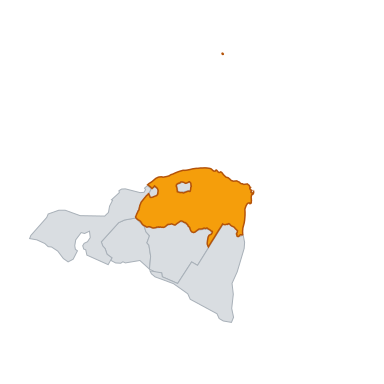 South Africa highlighted, Albers equal-area conic projection, rotated 215°
{"feature_id": "ZAF", "entity_name": "South Africa", "entity_type": "country or territory", "adm_level": 0, "iso_a3": "ZAF", "parent_name": "Africa", "parent_adm1": "", "projection": "albers", "projection_center": [25.295, -34.555], "detail": "fine", "context": "with_neighbors", "style": "filled", "palette": "amber", "viewbox_px": 384, "rotation_deg": 215, "n_neighbors": 6, "source": "natural_earth", "source_scale": "50m", "svg_char_len": 7613}
<svg xmlns="http://www.w3.org/2000/svg" viewBox="0 0 384 384"><g transform="rotate(215 192 192)"><path d="M203.6,184.3L208.5,189.0L205.2,194.9L201.7,195.9L200.5,198.3L198.2,199.0L193.6,193.2L200.6,185.7L203.6,184.3Z" fill="#d9dde1" stroke="#a8b0b8" stroke-width="1"/><path d="M223.4,138.2L211.3,136.4L207.0,133.0L201.7,131.7L199.8,124.5L196.8,123.7L189.0,115.6L182.6,104.4L195.4,106.0L205.9,95.7L208.6,95.2L209.5,92.8L213.8,90.1L219.4,89.4L219.8,92.1L225.9,92.3L230.7,95.8L234.1,96.6L237.7,99.1L234.5,124.8L231.2,130.4L223.4,138.2Z" fill="#d9dde1" stroke="#a8b0b8" stroke-width="1"/><path d="M211.3,136.4L201.4,141.5L195.2,146.8L190.8,154.3L187.1,154.9L185.2,160.7L181.0,162.4L175.6,162.1L169.5,159.2L166.3,161.0L164.8,164.5L158.6,170.2L153.9,171.2L152.3,168.7L152.7,164.1L148.4,157.4L146.6,156.4L145.4,135.1L152.2,134.5L151.3,108.8L167.7,105.5L170.5,108.4L175.0,105.5L182.6,104.4L189.0,115.6L196.8,123.7L199.8,124.5L201.7,131.7L207.0,133.0L211.3,136.4Z" fill="#d9dde1" stroke="#a8b0b8" stroke-width="1"/><path d="M145.4,135.1L148.0,183.5L142.5,187.6L139.1,188.4L132.1,186.9L130.7,183.9L128.0,182.1L125.3,186.0L120.0,180.9L116.9,175.7L109.2,152.6L106.8,140.1L99.5,131.9L92.7,119.4L86.1,113.2L84.9,107.8L92.4,104.3L97.1,103.9L101.7,106.6L131.9,103.1L137.1,106.2L154.6,106.3L173.6,101.3L178.3,101.7L181.2,103.3L170.5,108.4L167.7,105.5L151.3,108.8L152.2,134.5L145.4,135.1Z" fill="#d9dde1" stroke="#a8b0b8" stroke-width="1"/><path d="M253.4,63.7L259.2,63.7L268.1,66.6L275.5,66.4L278.5,64.7L283.0,65.4L291.7,63.8L298.3,60.7L299.1,64.0L296.4,87.8L297.2,91.5L290.7,100.6L285.5,104.3L270.0,108.5L249.7,122.2L248.7,127.3L251.4,133.1L252.3,139.6L253.5,139.4L251.2,149.8L252.6,151.2L251.3,154.1L248.3,156.4L234.2,161.7L231.1,164.2L231.4,167.3L233.1,167.9L232.2,171.7L227.2,171.3L225.7,162.0L227.4,153.9L223.4,138.2L231.2,130.4L234.5,124.8L237.7,99.1L234.1,96.6L230.7,95.8L225.9,92.3L219.8,92.1L219.0,84.4L241.9,80.0L245.9,83.7L248.0,83.2L250.7,85.3L250.9,88.1L249.1,91.3L249.2,96.3L253.5,101.1L256.2,96.4L259.5,95.2L259.8,86.1L257.2,80.7L254.7,78.2L252.1,78.1L250.8,68.8L253.4,63.7Z" fill="#d9dde1" stroke="#a8b0b8" stroke-width="1"/><path d="M227.2,171.3L225.7,174.5L221.8,175.1L218.2,170.9L218.2,168.3L220.9,163.5L222.9,163.1L226.1,164.7L227.2,171.3Z" fill="#d9dde1" stroke="#a8b0b8" stroke-width="1"/><path d="M210.8,137.2L212.9,136.9L214.5,137.2L216.5,138.1L218.3,138.5L220.1,138.3L221.5,138.4L222.5,138.5L223.4,138.9L224.0,139.3L224.0,139.7L224.0,139.9L224.3,140.9L224.7,142.4L224.9,143.9L225.3,145.8L225.2,146.9L225.3,147.3L225.6,147.8L226.1,148.7L226.2,149.3L226.3,149.6L226.8,150.4L227.1,151.5L227.4,152.9L227.6,153.7L227.7,154.0L227.8,154.6L227.7,155.9L227.6,157.4L227.5,159.1L227.4,160.5L227.3,161.2L227.2,163.2L226.7,164.2L226.7,165.0L226.8,165.6L226.6,165.6L226.3,165.7L224.8,164.8L223.4,163.8L223.2,163.8L222.8,163.8L222.0,164.4L221.1,165.4L220.7,166.2L220.1,167.1L219.1,168.5L218.9,168.8L218.9,169.9L218.9,171.0L219.4,171.3L219.7,172.2L220.5,173.7L221.8,174.7L223.0,175.2L224.8,175.4L226.2,175.5L226.2,174.5L226.5,172.9L226.7,171.9L226.9,171.9L227.3,172.0L227.5,172.1L228.0,172.1L229.0,172.4L229.8,172.4L230.6,172.5L231.8,172.5L232.5,172.5L232.1,174.2L231.0,176.8L230.6,178.0L229.5,182.3L228.3,184.5L227.7,185.3L225.9,186.8L225.4,187.1L225.0,187.3L224.3,187.4L221.3,190.5L220.1,192.0L219.1,194.3L218.1,195.5L216.6,198.1L215.3,200.1L214.0,201.9L211.9,204.5L211.0,205.2L210.4,205.5L208.8,206.9L206.5,209.3L204.7,211.4L202.1,213.8L200.7,214.8L198.4,216.9L197.8,217.2L195.4,219.1L193.6,220.2L190.8,221.6L189.6,221.9L187.0,221.6L185.9,221.7L184.9,222.6L184.9,223.8L184.5,224.0L183.9,223.9L182.0,223.4L181.0,223.5L180.4,224.1L180.0,225.0L178.6,225.0L176.1,224.2L173.1,223.7L172.5,223.7L171.0,224.3L170.6,224.4L168.5,224.3L167.3,224.0L166.2,224.0L165.4,224.3L164.4,224.5L161.7,226.8L160.3,226.9L159.1,227.2L158.5,227.2L157.3,226.9L156.9,227.0L156.3,227.1L155.6,227.6L154.2,227.8L153.6,228.2L151.2,230.4L150.7,230.3L150.2,230.2L148.9,230.2L147.4,229.2L146.9,229.3L147.0,229.0L147.0,228.4L146.7,228.0L146.4,227.8L145.9,227.9L145.5,227.4L144.7,227.4L144.4,227.6L143.9,227.6L143.9,227.1L143.9,226.8L143.8,226.3L143.7,225.7L143.3,225.6L143.1,225.5L142.4,225.6L142.0,225.7L141.8,225.9L141.6,226.3L141.7,227.6L141.4,227.3L141.0,226.5L140.8,225.7L140.9,224.7L141.5,224.2L141.4,223.6L141.2,223.0L140.4,221.5L140.0,220.9L139.4,220.4L138.8,219.4L138.3,219.0L138.0,218.2L137.5,217.6L137.2,216.6L137.5,216.0L137.9,215.7L138.3,216.2L138.9,215.9L139.6,215.2L140.0,214.0L139.9,212.3L139.7,211.2L138.9,208.4L138.5,207.8L137.0,205.9L135.2,203.3L132.8,199.2L131.6,196.8L129.7,191.7L128.1,188.9L126.2,186.4L126.0,186.2L126.2,185.9L127.0,185.2L127.4,185.0L127.6,185.0L127.8,184.8L128.0,184.4L128.0,184.0L128.1,183.4L128.2,183.1L128.4,182.4L128.7,181.9L129.5,181.6L130.1,181.9L130.4,182.2L130.6,182.7L130.8,182.9L131.3,182.9L131.6,183.2L131.8,183.8L131.8,184.2L131.6,184.5L131.7,184.9L132.0,185.3L132.2,185.7L132.4,186.3L133.5,186.5L134.1,186.7L135.0,186.7L135.9,186.9L136.7,187.3L138.0,187.3L139.9,186.9L141.4,186.9L142.6,187.3L143.5,187.3L144.0,187.0L144.2,186.6L144.1,186.1L144.4,185.7L145.0,185.6L145.4,185.1L145.8,184.5L146.6,183.9L147.9,183.4L148.6,183.4L148.5,182.4L148.3,179.1L148.2,175.8L148.0,172.5L147.8,169.3L147.6,166.0L147.5,162.7L147.3,159.5L147.1,156.4L147.5,156.6L149.7,158.1L150.3,159.0L150.6,159.5L151.6,161.4L152.4,163.2L153.0,164.5L153.0,165.1L153.1,165.7L153.2,166.0L153.2,166.3L152.8,167.1L152.5,167.6L152.0,168.4L152.0,169.4L152.2,170.6L152.5,171.2L152.9,171.4L153.8,171.0L154.3,171.1L155.1,171.3L157.6,171.1L157.9,171.1L158.9,171.2L159.2,171.1L159.4,170.8L159.7,170.1L160.0,169.8L160.6,169.7L161.2,169.5L161.7,169.0L162.5,167.6L164.1,166.3L164.6,166.0L165.0,165.7L165.2,165.2L165.8,163.6L166.2,162.3L166.3,161.7L166.7,160.7L167.2,160.0L167.6,159.6L167.9,159.6L168.5,159.4L169.2,159.2L170.1,159.4L171.0,159.7L172.0,160.4L173.0,161.2L173.5,161.6L174.0,161.8L174.9,161.8L175.5,161.8L176.4,162.6L176.8,162.6L177.9,162.9L179.2,163.1L180.0,163.1L180.8,162.6L181.4,162.6L182.2,162.7L183.1,162.5L183.8,162.3L184.3,162.0L184.7,161.6L185.2,160.3L185.5,159.3L186.0,158.2L186.5,156.6L186.7,155.6L186.9,155.3L187.7,154.9L188.4,154.7L190.2,154.3L190.6,154.1L190.9,153.6L191.7,152.7L192.7,152.0L193.2,151.6L194.1,148.1L194.3,147.7L194.9,146.8L195.4,146.4L195.6,146.4L196.0,146.2L196.5,145.7L197.1,145.4L197.8,145.3L198.2,145.0L198.4,144.5L198.8,144.2L199.3,144.3L199.6,144.1L199.7,143.8L200.0,143.5L200.5,143.2L200.8,142.9L200.8,142.6L201.5,141.8L202.8,140.5L204.0,139.8L205.1,139.7L206.1,139.5L207.1,139.1L207.9,138.5L208.4,137.7L209.2,137.2L210.8,137.2ZM204.5,195.1L205.6,194.7L206.1,194.4L206.4,194.2L206.9,193.8L207.1,193.0L207.2,192.2L207.6,191.9L207.9,191.7L208.2,191.3L208.6,190.4L208.9,189.5L208.9,189.1L208.8,188.7L208.6,188.3L208.4,187.8L208.1,187.7L207.6,187.3L206.9,186.7L206.2,186.1L205.6,185.3L205.4,185.2L204.8,184.6L204.5,184.3L204.4,184.0L204.2,183.8L203.9,183.9L203.2,184.1L201.6,184.6L200.7,185.2L199.9,185.9L199.0,186.1L198.4,186.3L197.9,187.1L197.4,187.8L197.0,188.5L196.8,188.8L196.6,189.0L196.4,189.4L195.9,190.1L195.5,190.6L194.9,190.8L194.2,191.1L194.0,191.3L193.9,191.6L194.2,192.3L194.4,192.9L194.8,193.7L195.1,194.2L195.5,194.9L195.8,195.3L195.7,196.0L195.8,196.2L196.0,196.5L196.6,196.8L196.7,197.0L197.0,197.2L197.2,197.6L197.7,198.2L198.2,198.6L199.2,198.8L199.9,199.0L200.1,198.9L200.4,198.6L200.6,198.1L200.7,197.6L200.9,197.3L201.8,195.9L202.3,195.4L202.6,195.4L203.0,195.3L203.5,195.2L203.9,195.3L204.0,195.3L204.5,195.1ZM246.7,323.2L246.5,323.3L245.5,323.0L245.4,322.7L245.8,322.4L246.0,322.2L246.5,322.4L246.9,322.8L246.7,323.2Z" fill="#f59e0b" stroke="#b45309" stroke-width="1.5"/></g></svg>